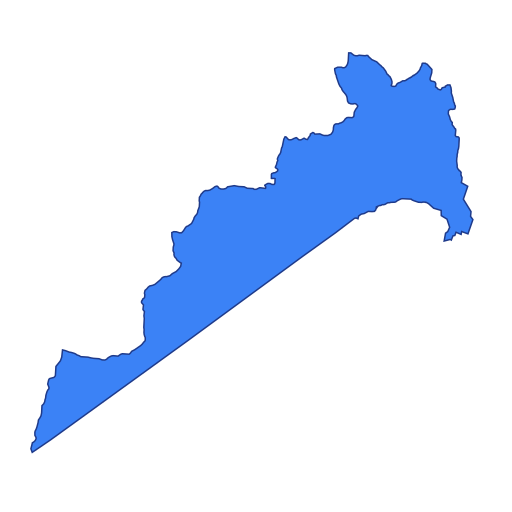 the district of El Guarco, Cartago, Costa Rica, rotated 93°
{"feature_id": "36466004B87567829139505", "entity_name": "El Guarco", "entity_type": "district", "adm_level": 2, "iso_a3": "CRI", "parent_name": "Costa Rica", "parent_adm1": "Cartago", "projection": "mercator", "projection_center": [-83.936, 9.732], "detail": "fine", "context": "isolated", "style": "filled", "palette": "blue", "viewbox_px": 512, "rotation_deg": 93, "n_neighbors": 0, "source": "geoboundaries", "source_scale": "gbopen_adm2", "svg_char_len": 5930}
<svg xmlns="http://www.w3.org/2000/svg" viewBox="0 0 512 512"><g transform="rotate(93 256 256)"><path d="M463.8,469.2L450.5,451.7L344.0,319.6L254.0,209.5L228.7,177.9L213.3,159.7L212.8,158.1L213.5,156.1L210.7,155.6L208.7,153.1L207.9,150.1L205.6,146.3L205.6,142.4L205.2,139.9L204.6,139.7L203.8,138.9L202.7,138.7L201.2,137.7L201.1,138.4L200.7,138.4L199.2,135.5L199.0,134.1L198.1,132.5L198.1,131.3L197.7,129.9L195.9,127.2L195.9,126.1L195.7,125.0L195.4,124.4L195.0,120.2L194.6,119.2L193.4,117.8L191.9,115.2L191.3,113.9L191.1,112.5L191.1,104.0L191.9,103.0L192.6,101.0L193.8,96.7L193.8,93.2L193.4,92.2L193.4,89.5L193.6,89.4L193.6,88.6L194.7,86.4L199.0,81.1L200.8,73.5L206.0,73.1L209.2,67.2L217.2,64.1L221.6,65.8L223.3,67.9L231.2,68.9L229.3,62.9L229.9,61.8L225.6,60.4L225.1,58.5L221.8,57.5L223.7,52.3L220.8,51.9L222.8,45.5L208.3,41.3L205.2,43.8L200.4,43.6L188.4,51.9L175.3,48.2L172.0,54.8L169.4,54.4L166.7,54.4L165.3,55.2L164.6,55.3L164.4,55.6L161.7,55.6L160.4,56.8L160.0,57.7L159.7,57.7L159.2,58.1L158.3,59.1L156.6,59.8L155.1,59.8L150.8,60.6L147.3,60.6L146.6,60.4L143.9,60.4L142.1,60.0L140.2,60.0L138.0,59.4L135.7,59.2L128.3,59.2L127.3,59.4L126.5,60.2L126.3,62.4L125.3,63.3L120.1,63.1L118.8,63.3L118.4,63.7L118.4,64.1L116.8,65.1L114.6,67.0L112.3,67.0L111.5,68.0L109.6,69.1L106.8,70.0L104.1,71.4L100.9,71.4L100.4,71.0L99.6,70.1L99.3,69.2L99.3,67.3L98.9,65.5L98.7,65.2L96.9,64.8L95.7,64.8L95.0,65.4L92.9,66.0L91.8,66.7L87.4,67.8L83.0,69.5L81.1,69.5L77.7,70.1L75.0,71.3L75.2,73.9L75.5,74.1L76.5,75.8L77.3,75.8L78.2,78.7L78.8,79.3L79.2,79.3L80.0,79.8L80.5,80.6L79.8,83.0L78.9,83.7L77.7,85.5L74.6,85.5L73.7,85.9L72.8,86.6L72.4,87.9L72.2,89.6L71.9,90.5L70.9,91.3L70.2,91.5L68.3,91.2L63.9,90.1L60.5,90.1L55.5,95.1L55.2,96.2L54.7,96.8L54.7,99.5L55.0,100.1L57.2,100.5L59.7,101.7L60.9,101.9L62.5,102.8L64.9,104.7L67.1,107.4L67.3,108.1L67.6,108.1L67.6,108.5L68.1,109.1L69.4,110.4L69.5,111.1L70.1,111.5L70.1,111.9L70.9,113.2L71.7,114.0L71.7,114.4L72.0,114.6L72.3,115.2L72.6,115.3L73.2,116.5L73.4,118.7L75.1,121.2L75.8,123.1L76.9,124.3L79.0,125.4L79.4,126.6L79.4,128.6L78.9,129.8L78.5,129.9L76.9,129.3L74.9,129.3L72.5,130.1L69.9,131.6L68.8,133.1L68.0,133.7L67.4,134.7L64.7,136.1L61.5,138.7L60.1,140.7L59.4,141.1L58.6,142.4L55.8,145.6L53.7,150.9L53.4,151.1L51.1,153.9L49.9,154.9L49.9,156.4L50.3,157.4L50.1,163.5L50.8,165.5L50.8,167.0L50.4,168.8L48.2,171.9L48.3,174.1L55.6,174.1L57.1,174.2L59.3,174.6L60.7,175.2L62.6,176.4L63.4,177.9L63.4,179.4L63.0,180.5L63.2,184.3L64.7,187.2L65.9,187.2L69.9,186.2L71.7,185.2L72.8,185.1L79.8,182.3L82.1,181.0L84.0,179.3L85.0,179.0L85.9,178.5L87.3,177.4L88.6,176.1L89.2,175.7L89.6,175.1L91.5,173.9L93.1,173.3L96.5,172.7L98.3,171.6L99.1,169.3L99.1,167.0L98.7,166.1L98.7,164.6L99.3,163.6L100.6,162.3L101.4,162.3L103.3,163.3L104.1,164.0L107.3,165.4L111.1,165.6L111.8,165.8L112.8,167.2L112.8,171.1L113.1,172.5L114.5,174.1L116.1,175.0L117.6,176.4L118.7,178.3L118.8,179.0L119.7,180.6L119.9,183.2L120.7,184.5L121.9,185.1L123.8,185.4L126.1,185.4L128.3,186.0L130.5,187.5L131.9,190.5L132.1,194.3L131.8,195.8L130.7,198.6L131.2,203.6L130.0,204.7L129.7,205.7L131.4,208.1L132.8,208.2L135.0,209.8L136.3,210.3L137.0,210.8L136.7,212.6L135.9,213.8L135.9,214.3L137.4,216.7L137.8,217.8L137.7,219.3L135.8,221.6L135.7,222.1L136.8,224.6L137.7,226.0L138.2,227.4L138.2,229.2L137.8,229.9L135.6,232.1L135.4,233.2L137.8,234.3L145.5,235.5L146.8,236.1L151.4,236.8L153.2,237.6L153.4,237.9L155.1,238.8L157.6,239.7L158.3,239.7L159.6,239.2L161.1,239.9L163.6,240.3L166.1,241.3L166.6,241.3L167.0,240.9L167.5,239.9L168.4,238.8L169.8,238.8L170.7,239.7L171.8,241.3L172.0,242.7L172.9,244.6L173.8,244.9L177.7,244.7L177.8,244.1L177.6,243.4L177.6,241.4L177.7,241.0L181.9,240.9L183.1,241.2L183.6,241.7L183.7,243.9L182.9,245.7L182.9,247.7L183.1,248.4L184.8,250.9L185.3,250.9L185.9,250.2L186.4,249.9L187.7,249.9L188.0,250.1L187.6,255.4L187.7,256.1L189.4,259.2L189.5,261.4L188.8,262.4L188.8,268.3L187.5,271.5L187.5,276.9L186.9,281.4L188.4,288.0L189.8,289.2L190.3,290.1L190.9,292.3L190.9,294.6L190.2,296.5L188.8,297.6L188.3,298.4L188.3,299.1L188.9,300.6L190.8,302.8L192.6,305.5L193.2,307.7L193.3,309.9L194.0,311.2L195.5,312.7L196.0,312.9L197.1,314.0L198.9,314.7L200.3,315.6L204.0,315.6L205.1,315.2L209.8,315.2L213.9,316.5L215.6,316.6L217.4,317.3L219.1,318.7L221.0,319.8L222.6,320.1L226.4,321.8L227.2,322.4L229.7,325.7L230.1,326.8L231.1,327.8L234.7,329.8L236.7,331.5L236.9,333.4L236.0,336.7L236.0,339.4L237.0,341.3L241.1,341.0L244.0,340.2L248.1,338.6L249.3,338.6L251.4,339.1L255.1,339.1L257.2,338.0L259.0,338.0L260.3,337.6L261.6,336.8L262.4,335.8L264.4,334.5L266.8,330.9L267.0,330.2L270.3,330.7L272.9,332.4L275.7,334.9L278.0,338.7L280.2,340.9L281.3,344.2L281.3,345.4L281.7,347.0L282.5,348.5L284.6,350.1L289.6,355.4L290.7,357.7L291.5,360.6L292.7,362.0L294.6,363.4L296.1,365.0L298.2,365.4L299.5,365.4L300.3,365.0L303.2,365.1L304.3,366.0L304.9,366.9L306.3,367.3L306.8,367.8L308.0,368.0L308.9,367.6L310.7,365.8L315.2,366.1L316.1,365.6L317.2,364.5L321.6,364.8L324.2,364.3L333.1,364.3L335.3,363.9L338.2,363.9L340.1,363.6L341.9,363.0L343.3,362.3L346.0,362.2L346.7,362.5L347.9,363.6L350.2,365.2L351.6,366.6L356.0,372.3L357.7,375.2L359.5,376.3L360.7,377.5L360.6,384.4L361.3,386.1L363.2,388.5L363.0,393.4L363.4,395.2L364.6,397.3L365.9,399.0L366.9,399.7L367.8,401.5L367.8,404.2L366.8,407.4L366.7,412.9L366.4,415.5L365.8,418.5L365.7,425.7L364.8,427.4L364.2,429.5L363.2,431.1L362.6,432.8L361.9,435.8L361.8,437.3L360.5,441.3L359.9,444.3L367.1,444.7L370.2,445.6L371.2,446.0L372.3,446.8L376.7,450.0L386.0,450.1L387.2,450.8L387.9,451.6L389.1,455.4L389.6,456.1L390.7,456.6L394.8,457.3L398.0,455.9L399.5,455.9L400.7,456.9L402.7,457.7L406.0,458.5L409.1,458.7L410.2,459.1L412.6,459.4L414.8,460.3L416.6,461.9L424.0,461.9L426.7,462.3L428.7,463.2L431.2,464.7L433.8,464.9L438.1,465.8L440.2,466.4L442.5,467.4L443.8,467.6L446.7,467.4L448.7,466.2L449.7,466.0L451.2,466.5L452.3,467.2L453.7,468.6L454.1,469.5L460.3,470.7L463.8,469.2Z" fill="#3b82f6" stroke="#1e3a8a" stroke-width="1.5"/></g></svg>